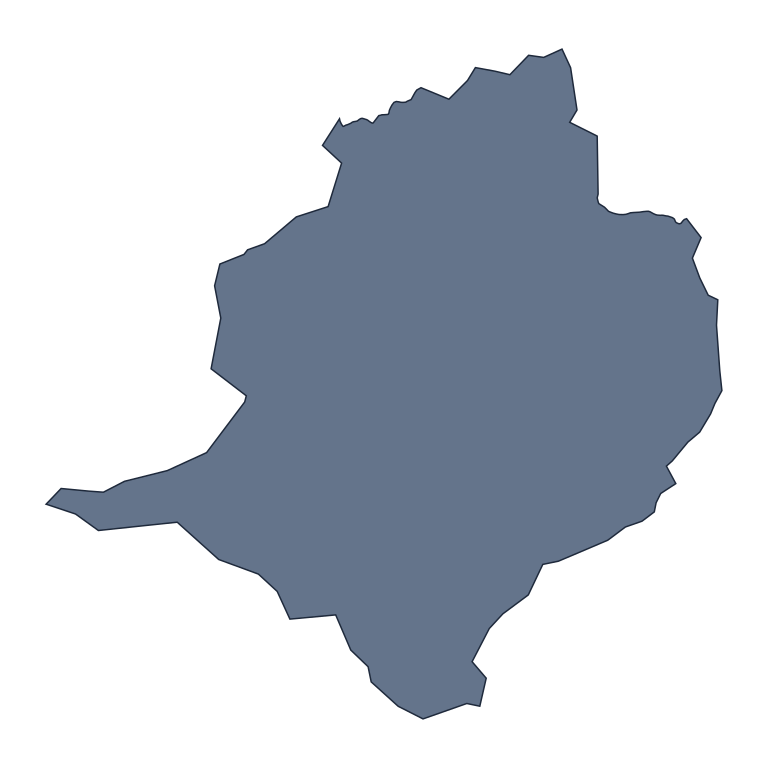 Galuut, Bayanhongor, Mongolia (Mercator projection)
{"feature_id": "93677404B91735821801074", "entity_name": "Galuut", "entity_type": "district", "adm_level": 2, "iso_a3": "MNG", "parent_name": "Mongolia", "parent_adm1": "Bayanhongor", "projection": "mercator", "projection_center": [100.179, 46.747], "detail": "fine", "context": "isolated", "style": "filled", "palette": "slate", "viewbox_px": 768, "rotation_deg": 0, "n_neighbors": 0, "source": "geoboundaries", "source_scale": "gbopen_adm2", "svg_char_len": 2104}
<svg xmlns="http://www.w3.org/2000/svg" viewBox="0 0 768 768"><path d="M654.3,511.9L656.1,502.8L660.7,493.5L675.8,483.6L666.4,466.1L672.3,460.9L687.8,442.2L699.7,432.1L710.6,413.9L714.9,403.5L721.9,390.6L719.8,370.9L716.5,325.2L717.8,299.8L708.2,295.2L699.8,278.0L692.4,258.1L701.1,237.6L686.6,218.7L684.3,219.5L682.7,221.1L681.1,223.2L679.7,223.8L678.4,223.6L676.2,222.6L675.4,221.6L674.4,219.1L672.6,217.7L670.6,217.0L667.9,216.1L666.0,215.9L663.2,215.3L661.7,215.2L660.5,215.3L657.5,215.1L655.8,214.7L653.3,213.6L650.1,211.8L648.6,211.3L646.8,211.3L643.3,211.6L639.5,212.2L633.7,212.5L630.4,212.8L628.6,213.5L626.0,214.3L623.1,214.6L619.0,214.5L616.0,213.9L613.0,213.1L610.4,212.1L608.5,211.3L606.2,208.9L604.5,207.2L598.8,203.6L598.2,202.0L597.2,197.9L598.1,194.1L597.2,136.1L569.7,122.3L577.0,110.0L570.6,67.7L562.0,49.1L543.7,57.4L528.6,55.3L509.9,74.7L495.0,71.2L475.4,67.6L467.5,80.5L448.9,99.2L421.0,87.7L416.8,90.0L415.1,92.4L413.7,94.9L412.4,97.3L411.1,99.6L409.9,100.1L407.3,101.2L405.7,102.2L402.9,102.4L400.8,102.3L399.2,101.9L396.3,101.5L394.0,102.4L392.0,105.0L390.5,107.8L389.4,110.3L388.9,113.1L388.2,114.3L387.3,114.5L384.3,114.7L381.8,114.8L380.3,115.3L378.8,115.6L373.2,122.9L372.5,123.1L371.1,122.6L369.2,121.3L367.6,120.1L366.6,119.6L365.2,119.2L363.7,118.7L362.1,118.3L360.7,118.6L359.3,119.4L357.3,121.0L355.6,121.4L353.7,121.7L352.4,122.1L350.7,123.3L347.7,124.6L345.7,125.2L343.8,126.3L343.1,126.4L342.0,125.0L341.2,123.7L340.0,121.1L339.5,118.8L322.5,145.4L341.6,163.1L328.1,206.6L296.3,216.9L264.6,243.7L247.6,249.8L244.0,254.4L219.9,264.0L214.6,285.8L220.8,318.1L211.1,368.8L246.3,395.8L244.7,402.0L206.6,452.6L167.3,470.6L124.5,481.3L103.4,492.2L88.6,491.1L61.1,488.5L46.1,504.2L75.5,514.0L98.4,530.5L148.5,525.2L177.2,522.2L200.9,543.5L218.7,559.5L258.4,574.1L277.2,591.4L289.9,619.1L335.7,614.9L350.8,650.1L368.1,666.7L371.2,681.9L398.2,706.3L423.0,718.9L466.8,703.5L479.8,706.2L486.2,678.2L472.1,661.7L489.3,628.5L502.9,613.8L528.3,594.9L542.8,564.4L558.4,561.2L607.8,540.2L625.4,527.0L642.0,521.2L654.3,511.9Z" fill="#64748b" stroke="#1e293b" stroke-width="1.5"/></svg>